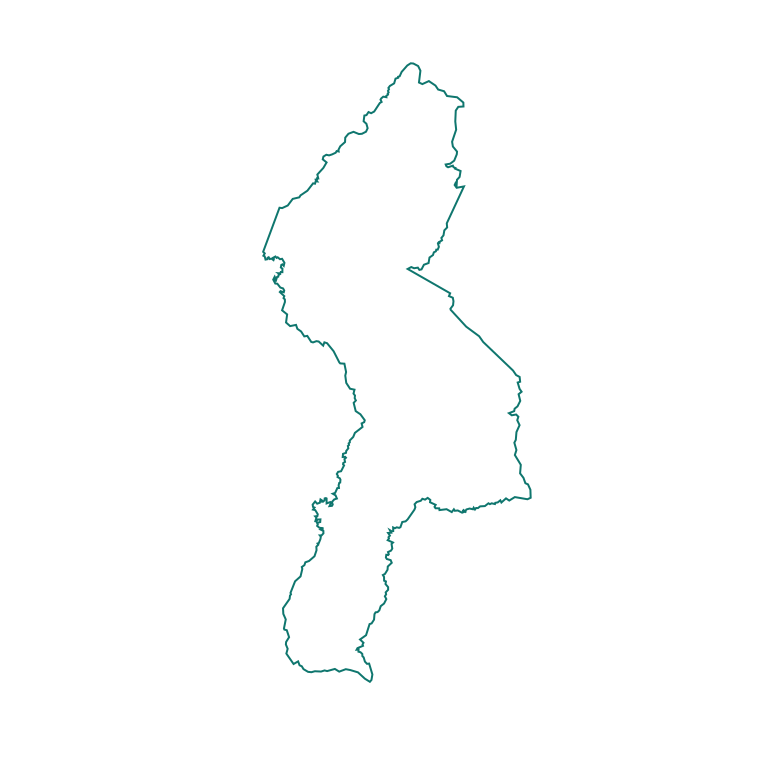 Pelaya, Cesar, Colombia, rotated 124°
{"feature_id": "7082276B17184612487952", "entity_name": "Pelaya", "entity_type": "district", "adm_level": 2, "iso_a3": "COL", "parent_name": "Colombia", "parent_adm1": "Cesar", "projection": "mercator", "projection_center": [-73.607, 8.77], "detail": "fine", "context": "isolated", "style": "outline", "palette": "teal", "viewbox_px": 768, "rotation_deg": 124, "n_neighbors": 0, "source": "geoboundaries", "source_scale": "gbopen_adm2", "svg_char_len": 6142}
<svg xmlns="http://www.w3.org/2000/svg" viewBox="0 0 768 768"><g transform="rotate(124 384 384)"><path d="M666.7,302.4L662.0,300.1L664.4,296.7L664.0,294.3L665.4,291.3L665.1,286.0L663.5,283.0L660.8,280.7L657.6,275.4L654.7,273.1L653.8,270.6L647.7,265.4L647.5,260.3L641.8,256.2L640.0,252.0L637.6,244.3L639.0,235.1L638.8,229.2L636.4,228.9L631.3,231.2L624.1,240.0L625.5,241.6L624.8,244.6L622.0,248.0L621.7,249.7L619.9,251.1L619.5,253.5L620.2,255.5L618.4,256.6L619.6,258.1L617.8,258.3L612.8,255.0L612.0,256.1L610.0,256.3L609.2,261.0L602.3,258.4L591.1,261.7L589.4,260.4L584.9,260.5L580.1,263.2L578.0,263.3L576.7,261.8L574.3,261.3L570.0,262.5L566.0,261.2L561.0,261.8L559.5,264.6L557.2,264.6L555.8,266.1L552.3,265.5L550.1,267.0L549.0,270.9L546.6,272.0L547.0,273.9L543.9,276.1L543.0,278.1L540.9,277.0L536.0,277.2L533.2,278.8L527.9,277.6L526.3,280.0L527.5,283.8L526.8,285.4L524.3,286.6L523.5,284.9L522.5,284.8L521.1,286.7L518.2,285.0L515.8,285.1L512.4,288.3L510.4,287.9L511.4,293.6L509.3,293.5L508.5,294.6L506.4,294.3L505.2,297.3L503.3,294.9L501.9,297.4L501.8,295.1L500.8,294.1L497.8,296.2L497.5,294.3L495.7,293.3L494.8,291.0L493.5,290.3L488.2,291.7L485.8,289.3L483.1,288.7L471.1,288.5L468.6,289.1L466.6,291.4L463.6,290.9L460.2,288.2L457.7,288.0L456.9,285.3L454.0,284.1L454.2,280.8L456.3,279.7L455.3,273.6L457.6,273.4L458.2,271.8L456.2,268.7L457.5,267.5L452.8,262.1L452.3,256.2L448.8,256.0L449.5,254.4L447.6,252.1L447.0,247.3L445.9,246.5L444.9,247.7L444.0,247.5L444.8,244.2L444.0,245.5L441.9,245.5L439.4,243.4L438.1,240.2L436.4,240.5L437.2,238.4L435.3,238.3L434.3,236.7L431.7,235.9L428.8,232.1L424.5,230.7L424.4,229.0L422.7,228.0L421.5,224.9L420.3,225.3L418.6,223.5L415.4,222.5L416.6,220.4L410.6,218.9L410.6,215.0L404.6,212.3L399.3,200.6L396.3,198.8L389.8,203.5L386.7,208.5L387.2,211.3L383.8,215.9L382.0,221.2L374.5,225.4L369.7,235.8L364.7,237.3L359.8,243.1L356.6,243.5L349.8,247.3L342.3,248.6L339.5,253.3L336.0,254.3L335.4,257.4L338.5,260.6L338.3,264.1L333.7,260.9L331.4,261.9L327.9,260.8L321.8,261.6L317.2,266.7L313.5,265.6L312.2,268.9L308.0,274.0L306.0,272.4L302.3,275.5L302.7,279.5L300.7,284.5L293.7,325.3L291.2,331.8L290.5,347.9L285.2,370.2L284.5,371.0L280.1,370.8L276.5,372.7L274.0,375.2L274.8,379.3L271.8,379.9L275.4,428.7L271.8,426.8L271.2,423.8L268.6,421.0L269.6,418.5L268.0,417.0L262.8,417.6L258.8,414.7L253.7,417.0L249.7,415.5L247.0,416.3L245.0,415.2L243.4,415.8L242.6,414.6L239.6,415.2L237.2,418.0L235.9,417.9L235.9,416.9L234.7,417.3L232.4,416.2L230.8,418.1L227.5,417.8L222.9,419.9L218.9,419.2L215.7,421.8L175.5,428.2L180.7,433.5L179.5,436.7L177.6,437.0L178.7,434.9L173.9,437.7L170.1,437.1L164.6,439.6L165.7,445.4L165.0,445.5L165.4,447.6L164.5,449.0L168.5,452.1L168.6,454.0L167.5,455.6L164.3,452.3L159.6,450.7L152.9,452.1L150.5,453.4L148.6,459.7L145.1,463.0L132.8,466.4L126.5,471.7L117.2,477.4L112.7,477.4L109.5,473.3L106.3,475.6L105.4,483.7L110.0,492.8L107.7,497.9L109.6,503.8L107.8,508.2L107.8,516.2L113.9,519.9L114.5,523.6L103.9,529.0L101.3,533.5L101.9,538.9L103.2,541.2L106.9,542.8L115.4,543.9L120.1,543.1L121.4,544.1L122.2,543.5L124.4,545.2L129.1,543.7L133.6,545.8L136.1,545.9L136.8,544.7L138.8,544.6L139.7,543.2L141.2,543.3L141.8,542.5L144.0,543.2L144.9,542.4L146.2,545.3L148.8,546.0L150.2,545.9L151.5,543.7L153.4,544.6L163.6,544.5L166.7,546.1L167.2,548.9L170.9,548.9L172.4,550.4L177.6,547.8L178.1,544.1L181.1,540.6L184.9,540.0L188.9,542.2L190.8,544.6L192.0,550.3L196.4,553.4L201.4,553.9L205.2,551.6L211.4,553.2L215.4,552.7L216.6,551.6L217.4,553.5L219.3,553.4L222.8,555.5L225.2,557.4L226.2,560.0L229.3,561.4L232.0,560.4L232.4,555.5L238.8,555.1L247.6,556.4L250.3,553.5L250.9,554.5L251.7,553.9L252.6,554.8L253.4,552.6L254.2,554.0L256.5,553.2L257.3,555.0L266.6,555.6L274.3,558.7L276.6,558.6L281.6,563.2L289.8,563.6L295.1,566.8L296.3,569.2L342.0,558.1L342.4,555.9L345.1,555.7L344.9,554.3L347.1,551.8L345.7,550.4L344.5,551.1L343.4,550.5L344.3,548.6L343.0,547.4L343.1,544.9L341.9,545.2L341.3,546.5L339.0,545.3L339.5,543.6L338.4,543.0L338.7,540.0L337.2,538.5L339.2,534.3L342.1,533.2L341.6,535.1L342.7,535.7L345.1,534.7L345.2,532.7L348.1,530.8L348.9,532.2L350.3,531.9L351.3,533.6L351.4,531.8L352.6,532.4L354.2,531.7L355.1,532.5L358.9,531.4L359.4,533.1L356.9,533.4L356.2,534.6L359.4,534.2L361.5,530.3L360.5,528.5L362.0,523.9L361.2,521.1L362.3,519.0L364.0,518.4L364.9,521.7L366.0,521.8L366.9,515.8L369.0,515.3L369.3,513.5L371.4,512.0L379.9,509.7L380.5,503.2L387.8,499.6L388.5,494.2L384.2,490.0L386.7,486.7L386.8,482.1L389.1,476.7L387.0,474.5L389.8,467.9L389.2,466.1L386.3,464.0L385.3,461.9L386.2,455.9L382.8,456.7L382.0,454.0L385.0,444.1L391.1,433.1L391.4,431.8L389.3,428.2L395.3,422.1L398.7,420.8L404.2,415.9L406.9,409.5L405.2,405.3L409.0,403.9L409.8,401.6L412.1,400.4L413.4,398.1L416.6,398.6L422.3,392.3L422.3,386.6L424.8,379.7L426.7,379.1L429.2,380.5L431.6,377.8L440.8,380.8L445.1,379.9L450.0,380.8L451.5,379.7L453.0,380.1L454.1,378.9L455.6,379.3L457.3,377.6L460.6,377.9L462.3,377.0L464.8,378.9L467.6,377.4L466.1,375.5L466.4,374.3L468.4,374.8L470.4,372.7L472.3,373.6L473.5,373.0L473.8,371.6L480.3,370.8L482.5,372.9L485.0,372.8L485.9,370.9L487.1,370.5L486.9,367.9L487.7,366.6L490.2,365.2L491.0,365.8L493.3,365.0L495.4,363.2L496.4,364.5L501.6,363.6L503.6,365.1L503.4,361.9L505.3,359.0L507.5,360.7L510.9,361.2L512.6,359.1L514.1,359.0L515.7,360.9L512.6,361.4L512.0,362.6L515.1,364.8L511.0,367.6L511.1,368.4L512.0,369.2L513.8,368.3L515.6,368.7L516.2,369.5L515.2,370.3L515.2,372.1L518.3,370.8L520.6,372.5L519.9,375.4L523.9,375.7L525.6,374.1L525.3,372.5L527.8,372.6L527.0,370.5L529.0,366.1L530.7,365.4L532.2,367.0L532.6,365.3L536.1,364.2L535.5,363.1L533.7,363.5L531.8,361.0L534.1,359.7L536.6,361.8L537.4,360.4L539.0,360.1L539.3,357.1L537.8,354.3L538.4,353.8L540.1,355.0L539.7,352.1L541.7,350.7L544.4,351.1L545.4,352.5L545.9,351.0L548.1,350.0L552.3,349.1L553.4,349.9L554.0,348.6L556.7,349.1L559.5,347.0L565.7,345.3L572.7,347.2L575.8,349.5L578.7,348.7L581.7,349.8L583.0,348.3L590.2,345.6L597.3,347.4L609.5,344.7L610.3,343.5L612.0,343.6L614.9,342.1L626.4,342.3L630.9,338.9L634.1,333.8L642.7,330.2L643.3,329.3L642.5,326.9L647.0,321.1L652.6,320.9L654.8,319.7L657.4,315.8L662.1,314.2L666.7,302.4Z" fill="none" stroke="#0f766e" stroke-width="2"/></g></svg>